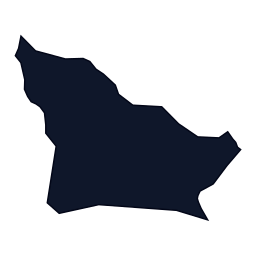 an SVG outline of Maribor
{"feature_id": "SVN-256", "entity_name": "Maribor", "entity_type": "Municipality", "adm_level": 1, "iso_a3": "SVN", "parent_name": "Slovenia", "parent_adm1": "", "projection": "orthographic", "projection_center": [15.629, 46.576], "detail": "fine", "context": "isolated", "style": "filled", "palette": "ink", "viewbox_px": 256, "rotation_deg": 0, "n_neighbors": 0, "source": "natural_earth", "source_scale": "10m", "svg_char_len": 633}
<svg xmlns="http://www.w3.org/2000/svg" viewBox="0 0 256 256"><path d="M15.4,55.7L18.6,48.4L21.0,36.2L35.5,50.9L65.5,59.0L83.1,58.5L89.8,61.5L96.0,69.2L103.4,74.1L115.3,85.1L118.5,94.3L132.8,105.2L161.7,106.8L178.6,123.9L197.7,136.9L219.0,137.9L227.7,131.8L232.8,139.1L235.7,142.4L237.5,147.2L240.6,149.6L227.0,165.5L213.2,183.9L200.0,191.1L197.9,195.6L197.3,198.6L198.4,202.2L201.1,208.5L207.6,219.8L176.5,210.3L98.7,204.6L59.2,213.3L47.3,202.8L56.2,146.2L45.8,133.2L45.8,124.9L44.5,112.8L40.0,106.7L36.0,103.9L31.2,101.7L27.7,96.5L24.5,89.3L24.8,79.7L20.9,62.6L15.4,55.7Z" fill="#0f172a" stroke="#020617" stroke-width="1.5"/></svg>